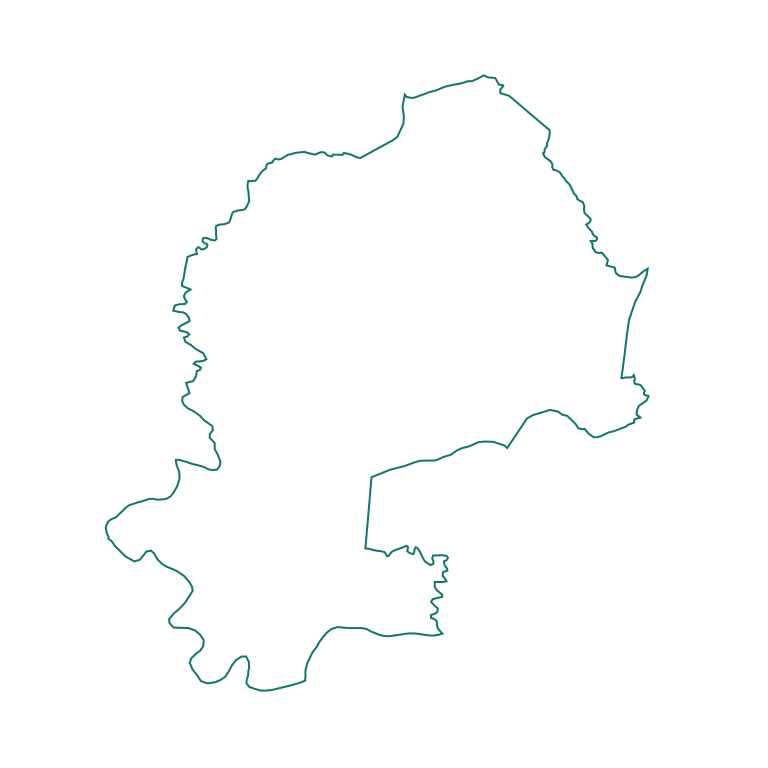 Mecatlán, Veracruz, Mexico, rotated 95°
{"feature_id": "50627088B34984367598758", "entity_name": "Mecatlán", "entity_type": "district", "adm_level": 2, "iso_a3": "MEX", "parent_name": "Mexico", "parent_adm1": "Veracruz", "projection": "natural_earth1", "projection_center": [-97.65, 20.21], "detail": "fine", "context": "isolated", "style": "outline", "palette": "teal", "viewbox_px": 768, "rotation_deg": 95, "n_neighbors": 0, "source": "geoboundaries", "source_scale": "gbopen_adm2", "svg_char_len": 6140}
<svg xmlns="http://www.w3.org/2000/svg" viewBox="0 0 768 768"><g transform="rotate(95 384 384)"><path d="M562.1,645.1L564.3,641.6L568.7,638.0L578.3,626.5L582.5,617.4L580.5,612.1L576.0,608.9L571.6,606.1L570.3,601.6L572.8,598.2L578.3,594.5L582.6,589.4L584.9,584.8L586.8,578.5L588.6,573.6L592.7,566.4L598.4,560.5L602.7,557.6L606.7,556.6L619.1,563.0L626.4,568.8L631.0,573.5L637.1,577.6L640.8,576.9L645.0,572.3L644.2,557.8L645.8,551.0L649.6,545.5L654.7,541.3L661.0,541.2L665.5,543.7L669.6,548.3L674.2,552.2L678.8,553.2L685.3,549.7L690.5,544.7L695.9,540.5L697.7,533.7L695.8,526.2L692.9,520.8L689.2,516.4L683.0,513.2L677.6,511.0L672.3,507.6L668.0,502.4L667.4,497.7L672.4,494.5L678.8,493.6L681.6,494.1L686.7,494.0L690.0,495.0L694.0,495.0L697.5,491.7L698.9,486.4L700.1,480.6L699.8,475.0L698.5,468.7L691.7,448.7L688.6,440.9L686.4,436.8L681.3,436.8L678.4,437.2L674.9,437.1L669.1,436.2L657.3,431.7L651.7,428.1L646.9,426.1L641.0,422.5L636.5,419.1L632.7,415.1L630.2,409.1L630.2,398.0L629.1,385.1L629.6,379.9L631.8,375.0L634.2,367.1L635.0,362.0L634.9,357.1L630.3,337.7L629.8,330.8L630.5,317.4L630.3,312.4L628.9,307.2L627.6,304.1L623.1,308.8L620.0,310.2L616.0,310.6L614.2,312.5L612.9,316.7L610.1,317.1L608.5,313.4L606.5,311.0L602.8,310.9L600.0,314.8L596.9,318.1L594.1,316.8L591.0,307.4L588.7,307.8L584.7,313.5L581.6,315.8L576.8,316.2L576.2,308.7L575.1,304.6L572.9,305.9L570.2,308.8L566.3,308.9L564.5,304.6L562.3,305.1L559.3,307.8L555.5,308.9L554.1,306.3L551.6,305.1L549.8,306.7L549.5,311.3L550.6,320.1L553.4,320.8L556.2,319.3L559.0,319.2L560.3,321.9L557.7,327.0L555.4,329.2L548.0,333.6L544.8,336.1L543.9,338.0L545.8,339.1L548.2,339.2L550.9,339.8L550.1,343.9L548.5,346.3L544.5,345.8L543.2,347.6L545.7,352.1L548.8,359.1L550.6,361.7L554.6,364.3L555.4,365.6L554.3,366.9L553.2,367.2L551.5,368.8L550.7,373.1L550.8,376.2L550.2,381.0L549.4,385.1L549.4,388.2L478.0,388.3L469.0,370.7L463.9,356.4L459.2,346.2L457.3,341.2L455.6,325.7L451.7,318.8L448.6,311.1L443.8,305.5L441.2,300.9L438.6,293.5L433.9,285.3L432.5,278.6L432.1,269.9L434.9,258.4L437.1,255.7L405.8,238.5L401.9,232.8L399.0,225.2L395.3,216.5L396.4,208.1L399.1,203.7L399.8,198.6L407.2,189.6L411.1,186.7L411.8,183.0L411.3,180.0L415.8,175.7L418.7,170.5L418.4,167.2L417.2,163.6L412.6,155.9L411.1,151.2L405.2,138.9L403.5,137.5L400.5,131.3L399.1,131.8L397.4,131.4L395.9,127.9L395.4,125.6L395.1,125.6L394.8,125.9L392.6,129.6L391.3,129.8L387.1,129.4L384.6,128.7L383.2,127.7L377.6,121.0L373.3,119.4L372.8,119.5L372.4,122.5L371.8,123.9L371.1,124.2L370.2,124.2L368.7,123.6L368.0,123.7L363.0,128.0L362.4,129.5L362.2,132.8L361.9,134.0L360.8,134.7L359.5,134.9L357.0,134.5L353.4,135.9L355.0,136.9L355.8,138.2L356.4,143.6L357.5,147.4L357.4,148.0L336.7,147.0L312.8,146.3L298.6,145.4L280.4,141.0L270.0,136.6L264.3,135.4L252.7,131.8L246.2,131.4L248.8,135.0L253.7,139.9L255.0,141.8L255.9,144.1L256.4,146.5L255.9,158.2L254.8,160.6L253.5,162.4L251.4,163.4L248.0,164.2L246.4,172.7L241.0,171.7L234.3,178.2L234.7,181.2L234.6,183.3L234.0,184.9L232.9,185.9L232.0,186.3L230.4,187.9L225.9,188.7L223.6,190.5L223.2,186.1L221.7,184.5L219.6,184.6L217.5,188.1L216.2,189.3L214.0,190.2L210.4,194.3L207.5,196.5L206.2,194.5L205.1,193.4L203.2,192.5L201.7,192.5L199.3,195.0L197.9,197.0L195.9,199.3L191.7,200.1L189.7,199.9L187.2,200.9L185.5,202.0L184.0,205.6L182.9,207.6L181.4,207.9L179.4,209.3L177.7,211.5L174.7,212.9L173.4,214.2L172.5,214.3L169.2,216.5L168.0,217.6L166.4,219.9L163.5,222.2L161.9,224.1L161.0,224.7L157.9,227.2L156.6,229.8L156.0,231.7L155.9,233.7L153.2,235.4L151.1,235.2L148.0,236.9L143.7,243.7L140.3,245.7L139.3,244.4L135.8,244.4L133.0,242.3L130.2,242.6L126.6,241.5L124.0,241.0L118.3,240.8L116.9,241.0L86.0,284.5L84.1,293.4L80.7,293.9L76.8,291.1L76.1,291.3L75.7,295.7L69.5,299.8L69.5,306.8L67.9,311.7L71.6,317.2L74.7,322.9L75.0,326.7L76.7,330.5L78.7,336.3L79.7,340.8L82.8,349.9L86.7,357.1L89.8,365.4L91.4,368.3L93.0,372.3L95.1,376.5L96.4,379.8L96.5,382.9L96.1,386.3L93.9,388.5L106.2,389.7L115.7,387.5L123.1,387.4L136.6,392.2L140.2,396.2L161.1,427.5L160.4,431.1L158.2,437.4L157.3,444.1L159.3,445.2L159.9,454.8L161.9,455.7L161.3,460.0L158.6,463.4L158.4,465.5L158.7,467.3L159.6,469.4L161.0,471.5L161.5,474.0L160.8,477.4L160.6,479.6L159.7,483.5L160.9,490.0L161.9,493.7L163.1,496.4L164.0,499.7L168.8,506.1L169.5,508.8L169.0,511.9L171.4,514.0L172.9,514.5L173.8,516.6L174.3,518.5L175.7,520.0L179.5,520.4L182.3,523.6L184.5,525.3L190.0,528.0L192.7,529.8L193.5,534.5L193.6,536.9L197.4,537.3L200.9,536.9L204.5,535.7L208.6,535.2L211.3,534.5L213.8,534.3L219.6,536.4L222.2,538.0L223.4,542.0L223.7,544.4L224.7,546.0L225.2,548.1L225.8,549.2L227.0,550.0L234.5,551.6L236.5,552.5L237.6,554.4L238.9,557.6L239.1,560.1L239.9,562.8L241.2,564.9L243.0,565.3L246.1,564.6L249.4,564.4L254.2,563.5L255.8,565.2L255.4,569.2L254.3,572.2L253.9,574.6L254.4,576.7L255.2,577.2L256.5,577.3L257.9,577.0L259.1,575.4L259.9,572.9L260.7,572.0L263.2,572.4L265.2,574.9L266.0,577.4L264.3,579.8L263.9,581.1L266.3,582.9L270.9,581.7L271.6,584.7L273.2,588.4L274.8,590.9L278.7,591.1L284.2,592.0L297.0,592.9L300.1,594.0L303.9,593.7L306.7,585.0L310.2,589.5L313.7,591.0L316.4,590.0L319.5,587.5L321.7,589.5L322.4,594.9L324.0,599.1L329.3,600.3L330.1,594.8L330.2,590.0L331.5,587.2L334.9,584.2L338.0,583.1L339.9,585.5L343.3,591.1L345.9,593.7L348.6,591.9L349.6,585.0L351.4,582.3L353.6,583.8L355.2,587.3L359.2,585.6L362.0,579.7L365.7,574.3L369.1,566.7L374.8,563.1L376.9,566.3L378.2,573.6L380.5,575.3L382.3,570.3L383.7,567.8L386.0,568.6L387.6,571.6L392.4,571.8L397.6,574.2L400.2,581.2L410.1,577.0L414.5,583.5L418.6,583.6L422.2,581.4L425.3,577.4L427.6,571.6L432.0,564.1L436.0,559.8L440.9,551.3L444.9,550.5L448.9,553.1L452.7,553.0L457.5,547.5L463.6,547.0L469.6,543.0L476.0,540.1L480.2,540.6L483.8,542.9L484.8,547.7L484.2,551.8L482.3,556.3L481.1,562.6L480.4,567.7L478.8,574.3L477.4,581.2L477.7,584.7L481.1,584.1L485.0,582.6L489.0,580.5L494.1,579.6L497.1,579.6L503.9,581.1L511.1,584.4L514.6,587.0L517.0,590.1L518.2,594.1L519.0,599.4L518.5,604.1L519.0,607.9L522.3,615.7L523.3,619.1L524.2,620.7L526.8,627.1L529.9,630.6L539.1,638.5L540.7,640.2L541.6,642.4L543.2,644.8L545.1,646.7L548.7,648.2L551.3,648.6L556.5,647.3L560.2,645.1L562.1,645.1Z" fill="none" stroke="#0f766e" stroke-width="2"/></g></svg>